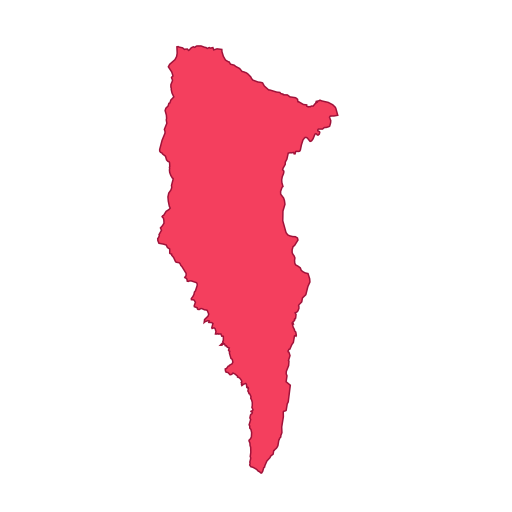 outline of Qacha's Nek, Qacha's Nek, Lesotho, rotated 84°
{"feature_id": "5366337B29714874400852", "entity_name": "Qacha's Nek", "entity_type": "district", "adm_level": 2, "iso_a3": "LSO", "parent_name": "Lesotho", "parent_adm1": "Qacha's Nek", "projection": "mercator", "projection_center": [28.688, -30.097], "detail": "fine", "context": "isolated", "style": "filled", "palette": "rose", "viewbox_px": 512, "rotation_deg": 84, "n_neighbors": 0, "source": "geoboundaries", "source_scale": "gbopen_adm2", "svg_char_len": 6091}
<svg xmlns="http://www.w3.org/2000/svg" viewBox="0 0 512 512"><g transform="rotate(84 256 256)"><path d="M39.7,312.8L46.1,313.2L49.3,314.1L52.3,316.1L56.3,321.8L58.7,323.4L64.1,320.6L67.8,319.8L68.7,320.1L69.1,320.9L69.8,321.4L72.1,320.7L73.1,320.8L76.6,322.7L79.2,323.0L80.2,322.7L81.7,322.9L85.1,322.5L89.2,321.1L92.0,324.4L94.7,325.6L95.1,326.7L97.6,327.7L99.6,330.2L101.9,331.2L106.5,330.4L109.7,330.5L111.3,331.0L114.7,330.8L120.5,333.9L122.4,333.5L124.2,333.6L131.1,337.3L140.1,340.7L141.6,340.8L142.9,340.1L143.6,338.9L144.8,338.2L147.3,335.6L151.1,334.9L152.7,333.7L153.2,332.6L154.2,332.2L158.0,332.4L158.6,332.8L159.8,332.7L161.5,333.1L163.9,333.1L167.0,332.3L169.8,331.0L170.2,330.3L171.3,330.5L177.1,332.7L178.7,332.6L180.0,333.0L181.7,333.9L184.3,336.2L188.0,337.4L192.3,337.5L197.5,337.0L199.4,336.3L200.6,337.6L202.2,340.7L205.9,343.6L206.3,344.7L207.1,345.3L208.8,344.1L211.1,343.9L213.8,344.1L216.2,346.0L218.1,348.1L220.5,347.3L224.6,350.2L225.4,350.0L227.4,350.9L228.3,351.9L230.5,352.0L233.2,351.2L234.5,346.8L235.7,344.1L238.3,343.2L240.0,341.1L244.2,341.5L244.9,340.8L245.3,339.7L246.5,339.7L248.8,338.1L253.0,336.7L253.8,336.1L254.7,333.1L255.5,332.4L257.6,331.7L258.7,330.8L266.0,327.3L268.3,327.6L269.8,329.1L270.3,328.8L270.6,328.0L271.9,327.1L273.9,327.0L274.2,325.9L273.9,325.2L273.9,323.2L276.2,318.2L276.9,317.6L278.0,317.4L279.5,317.7L284.4,319.9L285.4,321.0L287.7,321.7L289.8,323.1L291.6,324.8L292.7,324.8L293.1,322.6L293.7,322.0L295.7,321.1L299.1,322.7L300.0,322.6L301.3,319.9L302.4,319.8L303.0,319.4L303.3,318.1L302.5,316.3L302.7,315.3L304.2,312.7L304.4,311.4L305.0,310.2L308.8,309.1L310.7,309.9L313.8,313.8L316.7,314.5L316.0,313.5L315.3,310.6L315.7,309.3L317.1,309.9L317.6,307.1L318.6,305.9L322.8,307.5L323.5,307.2L323.1,305.9L323.2,305.0L323.9,304.3L326.9,303.7L329.3,304.5L329.5,303.7L329.2,302.0L329.7,301.8L329.8,299.1L332.2,298.4L332.2,297.3L332.5,296.9L336.7,297.3L337.0,297.7L337.7,298.0L338.8,297.7L339.4,298.9L341.0,300.8L341.1,299.1L340.3,298.4L340.1,296.5L342.1,295.9L342.1,294.9L343.7,294.1L344.7,292.2L346.8,293.2L347.9,292.6L348.1,292.1L349.6,292.6L355.3,291.6L355.6,291.1L356.5,290.4L359.2,290.1L360.8,291.2L361.9,293.8L362.6,294.4L362.7,295.2L364.8,297.1L365.1,298.4L367.2,298.4L367.8,298.0L368.3,298.0L369.0,296.0L371.4,294.2L371.2,292.6L370.0,291.1L371.2,289.2L373.6,286.9L374.5,287.0L375.0,285.8L376.0,284.7L378.2,283.5L379.6,283.3L380.5,284.0L381.3,283.4L382.4,283.9L383.4,283.6L382.2,281.7L381.7,279.5L382.6,278.9L385.7,278.9L386.0,278.6L385.5,278.1L386.0,277.5L386.5,277.4L386.7,277.8L387.3,277.5L389.4,278.2L391.3,277.4L392.1,277.4L392.3,276.8L392.8,276.5L395.4,275.7L396.9,276.1L398.8,275.4L401.3,275.0L404.7,275.4L406.0,275.9L408.5,275.1L409.4,275.5L409.8,277.1L410.2,277.3L410.8,276.3L411.5,276.0L412.5,276.7L412.9,277.6L413.6,278.1L416.4,279.0L418.1,278.4L423.2,280.5L424.4,280.0L426.5,280.2L427.9,279.2L431.2,278.8L435.5,279.5L437.3,280.7L438.4,282.1L439.1,282.3L441.4,281.6L443.9,281.7L445.7,281.3L450.8,281.7L454.8,282.7L455.9,282.4L457.1,282.5L460.3,283.7L461.4,283.5L463.2,284.1L465.0,283.2L465.8,281.2L467.0,279.4L468.4,277.6L470.4,276.1L470.6,275.4L472.4,273.7L472.4,273.1L470.9,271.9L467.3,270.4L466.8,269.5L465.6,269.2L461.0,266.6L458.0,263.2L456.4,262.2L454.9,259.7L451.3,258.7L451.2,258.1L450.5,257.5L449.4,255.9L448.0,254.7L446.8,254.0L441.3,252.5L441.1,252.1L439.8,251.6L438.6,250.3L437.2,250.1L434.4,248.7L428.7,248.3L418.8,245.6L414.0,245.2L413.4,244.8L413.0,242.7L412.6,242.1L406.3,240.4L404.5,239.2L388.1,235.4L384.2,239.2L378.4,237.7L376.3,238.3L373.9,237.9L368.4,235.0L364.0,234.2L363.3,234.6L358.6,232.6L355.1,233.3L354.8,233.9L353.9,234.1L352.2,232.9L352.2,232.1L347.8,229.6L345.9,227.9L339.5,226.1L339.3,225.4L339.9,224.6L339.1,224.2L335.8,224.4L334.3,225.5L333.1,225.5L330.6,226.5L326.9,227.0L327.4,226.0L325.6,226.3L324.2,224.5L323.3,224.1L323.1,224.4L322.6,224.2L322.0,223.1L318.4,222.3L316.6,223.0L316.0,221.2L315.0,220.1L312.6,218.8L310.7,218.6L310.0,218.9L308.8,218.2L306.4,215.3L302.6,214.2L299.7,210.5L291.8,207.6L287.5,205.1L284.3,205.0L278.9,206.1L277.9,209.0L276.5,211.0L275.0,212.5L272.4,213.2L270.5,215.3L269.0,217.5L267.2,218.2L264.3,218.1L262.0,217.5L259.9,218.1L258.0,219.2L256.3,219.7L253.6,219.4L250.6,218.2L249.5,216.5L244.5,212.6L242.4,212.9L240.9,214.9L240.5,217.5L239.5,220.3L238.5,222.0L237.2,222.9L235.8,223.7L223.8,225.7L214.1,224.5L207.6,221.8L204.0,221.9L201.2,222.5L197.1,225.0L194.4,224.8L190.4,222.9L189.7,221.9L185.7,222.6L183.0,222.5L179.9,221.6L176.9,220.0L175.3,219.5L174.4,219.5L173.0,220.5L171.5,219.9L168.0,217.4L165.6,217.0L163.0,215.2L157.1,213.2L156.8,211.3L157.1,210.4L157.0,207.7L158.4,207.4L158.5,206.5L156.3,205.6L156.1,205.1L156.5,202.7L156.3,201.6L155.2,200.8L150.2,199.2L145.6,197.2L143.9,195.7L143.2,194.7L143.4,193.5L144.0,192.6L147.6,190.3L147.7,189.6L147.1,188.5L145.4,187.0L141.1,184.7L140.6,183.8L140.9,183.1L141.9,182.5L142.3,181.7L141.4,180.3L139.7,179.7L138.9,179.9L137.9,181.5L137.0,181.4L136.3,180.7L136.7,176.6L135.4,174.6L135.5,172.6L135.0,170.1L134.6,169.2L131.4,167.9L129.2,167.5L125.7,168.4L124.9,167.9L124.6,167.1L124.9,164.0L124.6,160.0L117.4,161.2L116.2,161.7L113.6,163.9L110.8,168.1L108.6,174.5L107.7,176.1L108.2,177.1L108.5,179.6L109.4,179.2L109.4,180.4L110.4,180.5L110.8,181.4L112.9,183.5L112.7,185.4L113.3,186.6L112.9,187.7L113.2,188.4L112.3,189.9L111.0,189.8L110.3,193.0L108.0,196.1L107.6,197.0L107.1,197.2L106.9,198.2L104.5,198.3L103.2,199.5L102.6,200.5L101.3,205.6L99.1,207.9L98.6,211.6L98.4,212.1L97.8,212.2L97.1,214.3L95.8,215.2L95.2,218.2L92.3,225.0L92.2,226.0L87.8,230.0L84.5,231.4L83.8,233.1L83.2,235.8L80.7,240.8L78.8,242.0L77.3,242.5L73.8,245.3L72.4,247.1L72.3,247.9L71.8,248.4L71.0,250.6L67.8,252.7L65.4,256.3L63.9,257.8L62.6,261.3L60.1,262.5L59.9,263.3L57.9,265.9L54.0,267.6L49.3,268.5L47.0,268.4L45.9,273.1L46.6,276.5L44.2,277.1L44.5,279.6L43.8,280.7L44.5,282.8L43.3,284.1L43.3,284.8L41.4,288.6L41.0,292.1L41.0,293.3L42.1,295.1L41.4,296.4L41.8,297.7L42.3,298.8L44.1,300.7L44.5,301.6L43.0,302.6L42.9,304.7L43.1,305.5L41.3,307.3L40.1,310.9L39.6,311.5L39.7,312.8Z" fill="#f43f5e" stroke="#9f1239" stroke-width="1.5"/></g></svg>